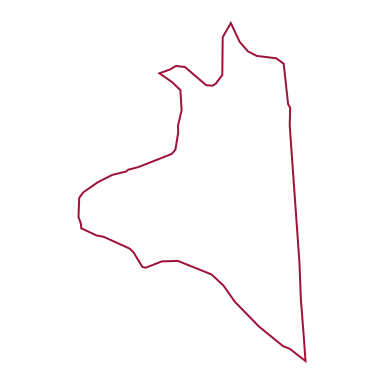 Ciudad Vieja, Sacatepéquez, Guatemala
{"feature_id": "79465075B53030566243177", "entity_name": "Ciudad Vieja", "entity_type": "district", "adm_level": 2, "iso_a3": "GTM", "parent_name": "Guatemala", "parent_adm1": "Sacatepéquez", "projection": "natural_earth1", "projection_center": [-90.781, 14.507], "detail": "fine", "context": "isolated", "style": "outline", "palette": "rose", "viewbox_px": 384, "rotation_deg": 0, "n_neighbors": 0, "source": "geoboundaries", "source_scale": "gbopen_adm2", "svg_char_len": 775}
<svg xmlns="http://www.w3.org/2000/svg" viewBox="0 0 384 384"><path d="M305.5,361.0L303.9,338.3L300.9,299.6L299.4,261.8L289.7,125.3L290.2,107.9L288.1,104.2L283.7,63.8L276.3,58.3L256.7,55.9L247.9,51.3L239.7,41.9L230.8,23.0L222.7,37.2L222.3,75.0L215.6,83.9L212.4,85.7L206.2,85.2L184.9,67.0L175.9,66.0L170.2,69.4L159.4,73.3L172.2,82.2L180.4,90.1L181.6,110.4L178.0,125.5L178.2,132.6L175.4,149.7L171.8,153.9L138.3,167.1L128.3,169.7L126.1,171.5L112.2,174.9L100.4,180.9L97.7,182.3L83.2,192.4L79.2,197.9L78.5,216.9L80.8,223.5L81.3,228.3L96.6,235.5L103.6,236.8L129.6,248.6L133.7,252.6L142.3,266.9L145.7,267.7L161.8,261.4L177.8,260.9L211.6,274.5L223.5,285.6L234.7,301.6L241.0,308.1L258.9,326.5L283.1,346.2L289.6,348.7L305.5,361.0Z" fill="none" stroke="#9f1239" stroke-width="2"/></svg>